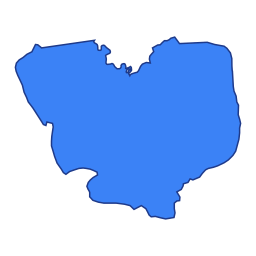 Kerian, Perak, Malaysia
{"feature_id": "92858781B48608892505394", "entity_name": "Kerian", "entity_type": "district", "adm_level": 2, "iso_a3": "MYS", "parent_name": "Malaysia", "parent_adm1": "Perak", "projection": "albers", "projection_center": [100.545, 4.99], "detail": "fine", "context": "isolated", "style": "filled", "palette": "blue", "viewbox_px": 256, "rotation_deg": 0, "n_neighbors": 0, "source": "geoboundaries", "source_scale": "gbopen_adm2", "svg_char_len": 2530}
<svg xmlns="http://www.w3.org/2000/svg" viewBox="0 0 256 256"><path d="M174.7,37.1L170.7,38.3L169.4,39.6L167.1,40.7L164.4,40.7L162.2,42.7L160.2,44.8L157.7,45.0L152.5,47.9L153.7,51.7L151.4,54.2L149.8,56.2L149.4,59.1L150.3,63.0L146.3,62.5L142.4,64.1L140.6,66.3L138.6,70.6L137.3,72.2L135.0,72.8L132.1,73.7L130.3,74.6L129.8,75.7L128.6,73.5L129.7,72.5L130.7,71.5L131.5,70.4L131.5,69.7L130.8,69.7L129.9,69.9L129.0,69.9L128.4,71.4L128.1,72.4L126.5,72.6L126.2,71.8L126.7,70.4L127.2,69.3L128.4,68.8L129.7,69.3L131.4,68.5L131.3,67.5L130.8,66.8L130.4,66.5L129.3,67.3L128.2,67.7L127.2,68.1L126.3,68.6L125.7,68.4L125.9,67.3L125.7,66.1L125.4,65.0L124.9,64.0L124.3,63.7L123.4,63.7L122.0,64.1L121.1,65.3L121.1,66.5L121.0,67.3L120.4,68.2L119.5,68.7L117.1,68.8L114.6,66.5L114.0,65.2L113.0,63.9L112.0,63.5L110.3,64.1L109.0,64.2L107.7,64.4L106.7,64.2L106.0,63.2L106.0,61.9L106.2,60.4L106.3,59.1L106.1,57.7L105.8,56.5L105.6,55.5L106.4,54.8L108.5,53.8L109.7,53.3L110.2,52.6L110.4,51.9L110.0,50.3L106.5,47.6L104.5,45.5L103.4,45.2L102.0,45.6L101.3,46.3L101.3,47.3L101.3,48.4L101.2,49.5L100.7,50.3L99.1,50.3L98.3,50.2L97.8,49.2L97.8,47.6L97.6,45.7L97.1,44.5L96.0,43.7L94.4,42.8L93.7,41.5L94.5,40.3L41.6,47.9L37.8,44.8L35.5,44.5L31.9,51.8L26.9,54.3L23.1,57.5L19.2,59.9L16.4,63.1L15.4,67.3L16.1,71.1L17.8,75.4L20.6,81.3L22.4,85.2L24.1,92.2L26.6,97.5L28.3,102.0L30.8,105.2L32.9,108.0L39.2,117.8L41.7,121.7L43.4,124.5L45.9,125.5L46.9,122.0L52.5,123.4L53.2,126.9L52.2,133.6L51.8,136.4L51.5,141.3L51.5,145.9L52.9,150.5L54.6,156.4L57.1,163.1L61.3,169.1L63.4,172.6L65.9,174.3L69.7,171.5L74.6,169.8L78.9,168.4L83.1,168.0L86.2,168.4L90.1,169.1L93.6,170.5L97.1,172.2L97.5,175.0L93.2,177.5L90.4,179.9L88.3,182.4L86.9,186.3L88.0,189.1L89.4,191.5L89.7,192.6L89.7,196.8L92.9,200.3L98.2,202.1L103.8,203.1L108.0,203.1L110.1,203.1L116.1,203.1L124.5,204.2L130.1,205.6L134.0,209.4L141.3,205.6L145.9,208.7L147.6,211.9L149.1,215.0L151.2,216.8L155.4,216.4L160.6,217.8L165.6,218.9L174.0,217.5L175.0,212.9L174.3,208.7L174.3,203.1L176.8,201.0L179.6,200.6L179.9,197.1L176.8,191.9L181.3,189.4L183.1,185.9L183.4,183.8L188.0,182.4L190.1,178.9L192.9,179.9L199.6,177.1L202.4,173.3L205.6,169.8L208.4,168.4L213.3,167.3L217.5,165.9L224.2,162.7L228.4,159.9L232.9,155.4L235.7,151.1L238.9,139.2L239.6,132.9L239.6,128.0L240.6,123.4L239.6,119.2L238.2,114.7L238.5,105.2L236.8,102.0L236.1,96.1L234.0,91.1L233.3,86.6L232.4,71.0L232.2,70.8L231.9,65.9L231.8,58.5L230.4,52.9L226.9,48.3L224.1,46.2L214.7,44.5L207.2,42.3L179.5,43.6L174.7,37.1Z" fill="#3b82f6" stroke="#1e3a8a" stroke-width="1.5"/></svg>